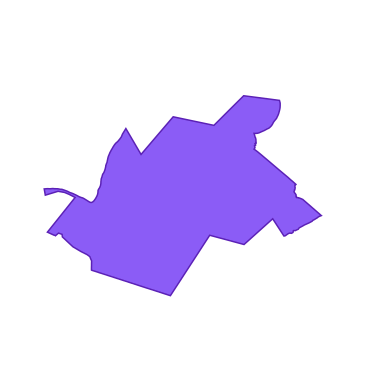 the district of Reimerswaal, Zeeland, Netherlands, rotated 132°
{"feature_id": "6326949B12862747379665", "entity_name": "Reimerswaal", "entity_type": "district", "adm_level": 2, "iso_a3": "NLD", "parent_name": "Netherlands", "parent_adm1": "Zeeland", "projection": "orthographic", "projection_center": [4.116, 51.444], "detail": "fine", "context": "isolated", "style": "filled", "palette": "violet", "viewbox_px": 384, "rotation_deg": 132, "n_neighbors": 0, "source": "geoboundaries", "source_scale": "gbopen_adm2", "svg_char_len": 5171}
<svg xmlns="http://www.w3.org/2000/svg" viewBox="0 0 384 384"><g transform="rotate(132 192 192)"><path d="M85.9,218.0L105.1,219.1L127.8,220.3L140.0,241.3L148.7,256.3L172.1,255.7L198.2,255.0L193.5,269.7L189.1,283.6L195.5,282.4L197.7,281.6L198.0,281.5L198.4,281.4L199.0,281.3L200.1,281.2L200.9,281.1L201.5,281.1L203.2,281.0L203.6,281.0L204.0,281.0L204.4,281.0L205.8,281.2L206.8,281.3L207.3,281.3L208.3,281.2L208.8,281.2L209.3,281.1L211.3,280.8L212.5,280.5L213.5,280.3L214.2,280.2L215.0,280.0L217.0,279.5L217.6,279.4L218.0,279.2L218.9,278.9L219.7,278.6L220.4,278.4L221.2,278.1L221.7,277.9L222.3,277.6L222.9,277.3L223.6,276.9L225.7,275.7L226.2,275.4L226.6,275.1L226.8,275.0L227.0,274.9L227.4,274.8L228.1,274.6L228.5,274.4L229.2,274.1L229.8,273.9L230.5,273.4L231.4,272.8L231.8,272.6L232.2,272.4L233.4,271.7L233.8,271.6L234.2,271.4L234.9,271.1L235.5,270.9L236.2,270.6L236.6,270.5L237.2,270.4L237.9,270.3L238.3,270.3L238.7,270.2L239.7,269.7L241.3,268.9L242.1,268.6L242.7,268.4L243.1,268.1L243.5,267.9L244.4,267.2L245.4,266.5L246.2,265.8L246.8,265.3L247.2,265.1L247.7,264.8L248.3,264.4L249.0,264.1L249.5,264.0L250.0,263.7L250.5,263.6L250.9,263.5L251.6,263.4L252.3,263.3L252.7,263.2L253.1,263.1L253.5,262.9L254.0,262.7L254.4,262.3L255.0,261.8L255.9,261.2L256.4,260.9L257.1,260.5L257.7,260.3L259.1,259.8L259.7,259.7L260.5,259.5L261.2,259.3L262.1,259.2L263.0,259.1L263.8,259.0L264.6,259.0L265.1,259.1L265.7,259.1L266.2,259.3L266.7,259.5L267.0,259.7L267.4,260.1L267.6,260.4L267.9,260.9L267.9,261.1L268.1,261.8L268.4,263.5L269.1,267.5L269.4,268.8L269.7,269.6L270.2,270.6L270.6,271.7L270.8,272.0L270.9,272.4L271.2,273.4L271.4,274.4L271.8,275.9L272.0,276.7L272.3,277.5L272.6,278.7L273.0,279.8L273.3,280.6L273.6,281.3L274.0,282.1L274.2,282.8L274.5,283.9L274.7,284.7L275.0,285.6L275.3,286.3L275.7,287.3L276.1,288.3L276.6,289.4L276.7,289.7L276.8,290.0L277.1,290.5L277.3,290.8L277.5,291.0L278.0,291.6L278.1,291.8L278.3,292.0L278.7,292.8L279.3,293.7L279.5,294.0L279.8,294.4L280.1,294.7L280.7,295.4L281.1,295.9L281.4,296.2L281.8,296.7L282.2,297.3L282.5,297.7L282.8,298.0L283.0,298.2L283.3,298.5L283.7,298.8L284.1,299.2L284.7,299.8L285.3,300.5L285.6,300.9L285.9,301.3L286.1,301.5L286.3,301.7L286.6,302.0L287.2,302.6L288.0,303.3L288.6,303.9L292.5,298.9L281.1,292.0L277.6,286.4L276.0,281.8L274.8,277.2L274.3,275.2L299.4,273.7L316.6,272.7L318.6,272.6L316.5,265.9L316.4,265.9L316.0,264.8L315.9,264.4L315.9,264.2L311.9,263.7L310.4,260.2L312.1,258.3L312.3,248.9L312.3,248.7L312.4,243.8L310.5,234.5L308.7,227.9L308.7,227.7L308.4,224.7L309.5,222.5L310.3,220.6L310.5,220.4L312.7,218.5L313.7,217.6L315.1,216.4L316.7,215.0L317.3,214.4L317.1,213.8L315.9,211.2L314.5,208.1L314.0,206.8L313.9,206.7L293.5,161.0L283.5,138.7L272.6,140.4L212.3,149.9L196.2,118.2L180.4,116.5L157.9,114.1L163.2,94.2L162.3,93.5L162.0,93.4L161.7,93.3L159.2,92.8L158.9,92.7L157.9,92.3L157.6,92.2L157.4,92.1L156.9,91.5L156.6,91.2L156.3,90.6L156.1,90.5L156.0,90.4L155.8,90.3L155.5,90.2L155.2,90.1L154.8,90.0L154.5,89.9L154.3,90.0L153.7,90.3L153.4,90.5L153.2,90.6L153.0,90.8L152.8,90.8L152.7,90.7L151.8,89.7L151.7,89.5L151.4,89.3L150.2,88.9L148.6,88.1L147.3,88.3L147.1,88.3L146.8,88.3L144.3,87.4L142.6,86.8L141.6,86.5L141.0,86.3L140.6,86.1L139.7,85.7L138.8,85.3L136.3,84.2L135.1,83.8L134.3,83.5L133.5,83.2L133.1,83.2L132.1,83.2L131.9,83.1L130.6,82.6L130.3,82.5L130.0,82.4L129.9,82.4L129.5,82.3L128.8,82.1L128.5,82.0L128.3,81.9L128.0,81.8L127.7,81.7L126.4,81.5L126.0,81.4L125.7,81.3L125.3,81.2L124.4,80.8L123.0,80.1L123.2,93.6L123.4,104.5L123.4,104.8L123.5,105.0L123.7,105.6L123.8,106.0L124.3,107.4L124.4,107.6L124.5,107.8L124.7,108.2L125.0,108.7L124.9,108.8L125.1,109.1L125.2,109.3L125.4,109.6L125.5,109.8L125.8,110.2L125.9,110.3L126.0,110.3L126.1,110.5L126.2,110.8L125.8,111.1L125.7,111.2L125.6,111.3L125.5,111.6L125.5,111.9L125.4,111.9L125.4,112.0L125.2,112.3L124.8,112.5L124.7,112.5L124.4,112.9L124.4,113.0L124.3,113.4L124.3,113.6L124.2,113.7L124.1,114.0L124.0,114.3L124.0,114.5L124.0,115.0L123.9,115.3L123.9,115.5L123.8,115.8L123.7,115.9L123.7,116.0L123.4,116.5L123.2,116.6L122.8,116.7L122.5,116.7L122.4,116.8L122.2,116.8L121.9,117.1L121.8,117.3L121.7,117.3L121.3,117.3L121.1,117.3L120.6,117.7L120.2,117.9L119.9,118.2L119.6,118.4L119.5,118.5L119.5,118.8L118.0,120.1L117.8,119.8L116.8,119.8L116.8,124.5L116.9,126.8L116.9,130.5L117.3,141.5L117.7,155.6L117.8,158.7L118.0,165.2L118.2,170.0L118.6,174.6L117.7,174.6L116.8,175.3L116.7,175.2L116.3,175.8L116.0,176.3L115.8,176.5L115.2,176.1L114.8,176.0L114.6,176.4L114.4,176.8L113.9,177.5L113.3,176.9L112.6,177.7L112.4,177.4L111.6,178.3L110.9,179.0L110.4,179.4L110.3,179.6L109.5,180.6L109.2,181.2L109.1,181.3L109.1,181.5L108.9,181.8L108.9,182.0L108.7,182.3L108.0,183.3L106.9,185.1L105.7,183.7L105.1,183.2L104.5,182.6L104.0,182.3L103.2,181.8L102.3,181.4L99.4,180.1L97.9,179.4L95.0,178.4L93.4,177.7L92.7,177.5L92.0,177.4L90.4,177.3L89.3,177.3L88.8,177.4L87.6,177.6L86.5,177.9L85.8,178.1L84.9,178.2L84.0,178.3L81.7,178.4L81.1,178.4L80.5,178.5L79.3,178.9L77.5,179.4L76.7,179.7L75.9,180.0L72.9,181.5L72.0,182.0L71.0,182.6L70.4,183.0L68.9,184.2L68.2,184.8L67.6,185.4L67.0,185.9L66.3,186.9L65.8,187.7L65.4,188.3L70.4,195.6L85.9,218.0Z" fill="#8b5cf6" stroke="#5b21b6" stroke-width="1.5"/></g></svg>